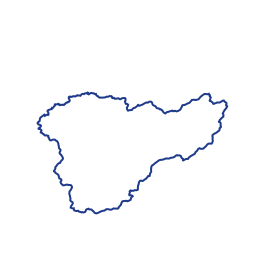 El Carmen, Chocó, Colombia (Equal Earth projection), rotated 53°
{"feature_id": "7082276B50429445082332", "entity_name": "El Carmen", "entity_type": "district", "adm_level": 2, "iso_a3": "COL", "parent_name": "Colombia", "parent_adm1": "Chocó", "projection": "equal_earth", "projection_center": [-76.201, 5.838], "detail": "fine", "context": "isolated", "style": "outline", "palette": "blue", "viewbox_px": 256, "rotation_deg": 53, "n_neighbors": 0, "source": "geoboundaries", "source_scale": "gbopen_adm2", "svg_char_len": 5875}
<svg xmlns="http://www.w3.org/2000/svg" viewBox="0 0 256 256"><g transform="rotate(53 128 128)"><path d="M185.5,167.2L185.3,165.3L184.8,165.3L183.5,166.1L182.6,167.3L182.1,167.3L181.3,166.4L180.8,165.4L179.7,164.9L179.4,164.4L179.5,163.4L180.4,163.0L180.9,161.9L181.4,161.5L181.7,160.1L182.9,158.5L183.2,157.5L183.0,157.1L181.3,155.8L180.1,154.6L179.0,152.9L178.1,152.2L177.6,151.1L177.4,150.2L177.6,149.7L178.3,148.9L178.9,148.5L179.2,147.8L179.2,145.4L179.4,143.8L179.0,143.0L178.9,141.8L178.5,141.0L178.5,140.6L179.2,139.9L179.3,139.5L177.6,137.7L176.9,135.8L174.5,134.2L174.0,133.5L173.4,133.2L172.5,131.6L172.6,130.0L172.4,127.8L172.5,122.6L172.9,121.3L173.5,120.6L174.6,118.3L175.0,116.3L177.0,113.8L177.6,111.7L178.6,109.9L179.0,108.6L178.9,106.0L179.2,105.2L179.8,104.9L180.7,103.5L182.0,102.7L184.3,103.2L185.6,102.7L186.1,102.8L186.8,103.5L187.2,103.3L187.5,100.8L188.1,99.6L188.8,98.8L188.2,97.0L188.2,94.7L188.8,90.4L188.6,89.7L188.0,88.9L187.7,86.4L187.1,85.0L187.0,84.0L187.2,83.0L188.2,82.6L189.1,81.5L189.7,80.4L189.8,79.8L189.6,79.1L189.5,77.0L188.9,74.6L188.9,73.4L189.3,72.5L190.7,70.8L190.8,70.3L189.9,68.7L188.9,67.7L187.7,67.2L186.4,65.9L185.6,65.7L184.6,64.9L184.5,64.2L184.5,62.4L184.9,60.5L184.9,56.9L184.8,56.4L184.3,55.7L183.3,55.0L183.2,53.3L182.8,52.9L182.2,52.9L179.9,51.1L178.7,51.1L177.9,51.7L177.6,51.6L177.4,50.6L176.8,49.8L176.7,48.6L176.4,47.5L176.3,45.0L175.7,44.7L175.0,43.8L173.5,43.6L173.2,43.2L171.9,40.2L171.2,37.3L170.3,35.7L169.5,36.0L168.7,35.9L168.3,35.4L168.1,34.8L167.0,34.3L165.0,35.0L163.8,34.9L163.2,35.8L162.9,39.0L162.6,39.8L161.2,41.6L160.9,43.1L160.1,45.3L158.4,45.1L157.3,45.5L156.7,45.5L155.8,46.3L155.3,46.3L153.5,43.6L152.9,43.4L152.0,43.7L151.4,43.0L151.0,42.8L150.2,43.3L149.7,43.3L149.3,43.0L149.0,44.0L148.6,44.5L148.1,45.1L147.6,45.4L146.8,46.6L146.7,50.8L147.5,54.4L146.6,56.7L146.0,57.5L145.7,57.6L144.1,59.9L144.0,60.3L144.4,61.1L144.5,62.4L144.8,63.2L144.8,64.3L144.2,65.8L143.8,68.8L143.5,69.0L142.6,70.9L142.6,71.1L143.0,71.4L144.6,74.7L144.8,75.9L144.5,77.9L143.9,79.3L142.6,80.1L141.8,81.9L140.9,82.0L140.7,82.3L140.3,83.6L139.8,84.5L139.5,85.8L138.8,87.1L138.8,89.5L137.1,90.2L133.9,90.1L133.6,90.4L133.0,90.5L132.5,91.2L131.7,91.1L131.1,91.8L130.5,92.0L129.7,92.9L129.1,93.1L127.4,92.9L124.8,94.2L124.1,94.2L121.9,93.5L121.1,93.6L120.1,94.6L119.7,95.9L119.7,96.9L119.0,97.6L118.5,98.5L118.1,101.3L118.0,102.7L117.7,103.4L117.0,105.7L116.8,105.9L115.7,105.9L115.6,106.1L115.8,106.5L116.0,107.9L116.0,110.4L115.4,111.7L115.5,112.7L115.8,113.5L115.9,114.2L114.6,116.2L114.2,117.5L112.7,117.5L111.2,116.8L110.3,114.9L109.5,113.9L109.1,113.9L108.4,114.3L108.0,114.4L107.3,115.2L106.7,115.1L104.9,114.4L104.4,113.3L103.0,112.3L102.3,112.4L101.0,114.1L100.6,115.2L100.5,116.5L100.3,117.0L99.8,117.4L98.9,117.6L98.2,118.1L97.8,119.4L96.9,120.4L96.8,120.8L96.5,121.1L95.4,121.1L94.8,122.4L94.1,122.5L93.4,122.0L92.8,122.0L92.6,122.1L92.2,122.8L91.5,123.3L90.9,125.4L90.1,126.2L89.7,128.1L87.8,130.9L87.2,131.5L86.8,132.3L85.9,132.8L84.4,132.9L83.7,133.4L83.0,133.6L82.4,133.5L81.9,133.1L81.5,133.1L81.4,133.6L81.1,134.0L80.4,134.4L79.7,134.4L79.1,135.3L78.4,135.7L77.9,136.2L77.6,136.9L77.7,137.6L77.3,138.2L77.5,139.1L76.8,139.5L75.9,138.7L75.4,138.9L75.2,140.5L74.4,141.6L74.5,142.7L73.6,143.4L73.3,144.0L73.2,145.2L73.6,146.2L73.6,146.7L72.6,147.4L72.0,148.4L71.4,148.7L71.4,149.5L71.1,150.0L71.2,150.6L71.1,151.1L69.7,152.5L69.5,153.0L69.5,153.7L69.1,154.2L68.9,155.0L68.4,155.1L68.2,155.4L67.9,155.5L67.8,155.8L67.8,156.4L67.7,156.7L68.1,157.2L69.0,157.4L69.6,157.7L70.6,157.8L71.1,158.1L71.5,158.7L71.5,159.4L71.0,160.3L71.3,160.9L70.7,161.7L70.7,163.5L71.0,163.8L71.1,165.0L70.8,165.6L70.3,165.7L69.9,166.3L69.9,166.8L69.2,167.7L68.8,167.9L68.5,169.0L68.0,169.1L67.1,168.8L66.8,169.0L66.4,170.3L65.7,171.6L65.2,171.9L65.4,172.4L65.9,172.3L66.1,172.6L66.1,173.5L66.6,175.1L66.9,177.3L66.7,177.3L66.9,177.5L66.0,179.9L65.7,181.4L66.0,182.1L66.4,182.3L67.5,182.2L68.8,183.0L69.4,183.4L69.5,183.8L69.5,184.1L68.8,184.4L68.5,185.0L68.3,186.8L67.9,186.5L67.0,186.7L67.0,191.1L67.0,191.7L67.8,193.0L69.2,194.3L69.3,196.7L69.7,197.3L71.3,197.4L72.3,196.5L73.8,196.1L74.1,196.5L74.4,197.0L74.4,199.5L74.7,199.9L75.0,199.9L75.9,198.8L77.5,198.5L78.0,198.7L78.8,200.2L79.1,200.4L80.1,199.6L81.3,199.6L82.2,199.0L83.5,199.1L84.2,198.6L84.8,197.4L85.7,197.1L86.2,196.4L86.4,196.4L87.7,197.3L88.8,197.1L89.5,197.6L91.0,197.6L91.6,196.9L92.2,194.7L93.3,193.4L94.6,193.2L95.9,192.5L98.3,192.9L99.8,193.8L100.6,194.0L102.4,195.2L105.0,195.1L105.7,195.9L106.3,197.3L106.6,197.6L107.8,197.9L109.0,197.5L109.9,197.7L110.8,197.6L113.0,198.1L113.7,199.0L114.1,201.3L114.6,202.8L114.9,203.0L115.0,203.4L114.5,204.5L114.5,205.2L114.7,206.4L115.3,208.2L115.5,209.4L115.6,209.7L116.5,210.2L117.3,211.7L117.7,213.0L118.2,213.2L119.1,212.8L120.6,212.8L122.7,212.0L123.8,211.9L124.4,212.1L126.3,213.1L127.1,213.1L128.2,212.4L129.5,212.4L129.8,212.7L130.4,214.2L130.8,214.6L132.2,214.8L134.5,214.5L135.1,213.8L135.7,212.7L136.1,211.4L136.6,210.6L137.6,210.0L138.1,209.2L139.2,208.1L139.7,207.9L140.8,208.0L141.8,208.5L143.0,211.0L143.5,212.9L145.2,214.5L147.0,215.1L149.9,216.5L150.9,217.6L152.1,217.7L153.8,217.0L154.7,217.2L155.6,218.5L156.1,220.4L157.1,221.7L158.8,220.7L159.5,219.6L160.7,220.4L161.5,220.5L163.2,219.3L164.1,217.6L165.5,217.4L166.7,216.2L167.5,215.9L168.1,214.6L168.7,214.3L169.2,213.0L169.0,212.0L168.1,210.8L168.1,210.0L168.6,208.2L169.7,208.0L170.1,207.3L171.1,206.3L171.9,206.1L172.9,206.1L173.5,205.7L174.8,205.8L175.8,205.6L176.1,205.5L177.2,204.6L177.7,203.1L178.4,199.5L179.1,197.7L179.8,196.5L179.8,194.3L180.9,192.7L182.3,191.6L183.1,190.6L183.3,190.1L183.5,188.0L184.7,186.7L186.2,184.7L186.3,184.0L185.8,183.4L185.0,179.8L184.0,178.4L183.2,176.8L183.6,175.6L184.4,174.5L185.2,173.0L186.2,172.5L186.7,170.6L186.9,169.0L186.0,168.1L185.5,167.2Z" fill="none" stroke="#1e3a8a" stroke-width="2"/></g></svg>